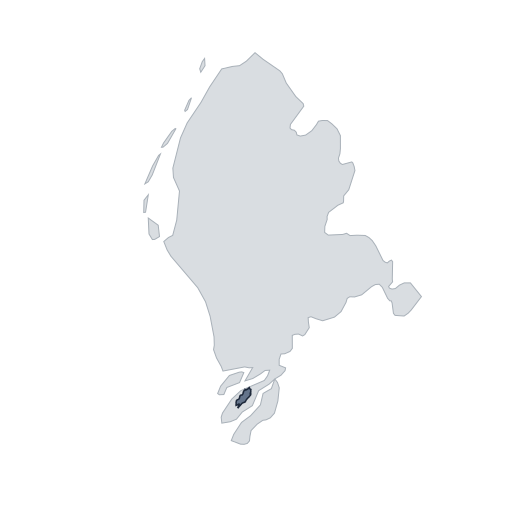 location of Goes, Zeeland, Netherlands, rotated 306°
{"feature_id": "6326949B11720350341334", "entity_name": "Goes", "entity_type": "district", "adm_level": 2, "iso_a3": "NLD", "parent_name": "Netherlands", "parent_adm1": "Zeeland", "projection": "natural_earth1", "projection_center": [3.836, 51.516], "detail": "fine", "context": "in_parent", "style": "filled", "palette": "slate", "viewbox_px": 512, "rotation_deg": 306, "n_neighbors": 0, "source": "geoboundaries", "source_scale": "gbopen_adm2", "svg_char_len": 5526}
<svg xmlns="http://www.w3.org/2000/svg" viewBox="0 0 512 512"><g transform="rotate(306 256 256)"><path d="M320.4,413.7L311.7,413.5L303.5,413.3L299.1,412.7L294.5,411.1L292.3,407.6L289.7,403.4L290.4,400.9L298.0,393.7L299.2,391.7L298.4,390.6L299.1,387.4L304.9,376.6L305.6,372.3L303.0,369.3L299.1,367.5L286.7,364.3L280.8,359.8L278.1,355.8L275.3,354.7L271.3,356.1L261.0,357.5L252.7,355.4L242.8,348.0L240.5,341.3L239.2,336.2L236.8,334.4L233.5,337.1L229.3,341.2L221.1,341.7L218.7,340.7L218.3,338.4L217.8,336.2L215.5,333.5L213.1,332.0L202.6,339.7L198.8,339.6L193.8,336.7L191.4,333.8L186.0,335.5L181.2,339.0L182.9,345.7L180.3,346.9L174.3,346.3L167.6,343.5L160.0,341.9L148.6,337.3L132.8,341.0L121.7,336.6L112.5,336.1L106.8,332.6L100.7,326.6L105.1,322.6L109.3,321.2L126.1,320.5L138.3,322.9L160.2,335.9L165.8,335.8L171.7,334.2L168.7,330.6L163.2,328.9L155.0,325.4L148.5,320.5L163.8,318.9L161.6,316.3L159.6,312.0L143.5,296.9L146.2,292.8L150.3,284.0L155.3,276.7L159.3,274.7L165.9,269.6L180.2,254.4L189.3,242.1L196.1,227.5L205.8,187.3L208.7,180.5L213.5,172.9L219.5,174.3L223.7,176.5L238.4,170.8L263.6,155.9L271.0,143.1L278.2,137.1L307.2,125.5L323.2,122.1L347.9,121.2L365.7,119.1L387.2,118.3L395.5,125.5L400.3,130.8L408.0,133.7L419.9,135.7L419.3,146.0L419.8,166.5L418.9,170.2L413.7,178.8L408.4,194.4L407.0,204.6L405.3,206.6L382.7,206.5L379.5,208.3L379.1,210.5L380.3,213.1L379.8,215.8L378.0,217.9L379.0,221.3L383.0,225.1L390.2,227.5L397.9,227.7L401.8,227.3L404.7,230.1L407.6,234.3L407.5,239.7L406.5,246.8L403.0,253.5L392.6,261.1L388.0,263.8L383.6,265.2L381.5,267.2L380.6,269.8L380.8,272.1L388.4,278.2L388.2,279.6L386.1,282.8L383.3,285.8L364.1,292.1L356.2,291.6L351.7,294.7L350.3,295.3L345.2,292.4L334.0,289.1L329.7,290.3L327.4,292.1L320.4,294.3L315.4,297.7L315.4,302.2L324.5,313.6L327.6,315.9L327.8,320.1L332.2,325.5L336.8,332.3L337.3,336.5L336.8,340.9L334.6,347.0L327.0,361.4L326.9,364.2L327.6,366.3L330.3,366.9L332.3,368.0L331.7,369.9L317.3,379.9L315.4,381.7L309.3,381.2L308.4,382.8L309.2,385.5L311.6,387.9L316.8,389.2L321.3,391.7L325.0,396.7L320.4,413.7ZM167.6,343.5L166.3,347.7L163.0,352.3L151.6,358.9L139.7,363.3L133.5,362.7L129.3,360.4L127.1,358.1L120.7,355.8L111.9,354.6L106.5,357.1L102.6,359.4L99.2,359.1L96.7,357.1L94.7,354.1L92.1,344.5L98.7,342.8L112.8,342.1L123.7,345.5L138.1,347.1L149.0,342.5L157.7,346.4L167.6,343.5ZM143.7,304.7L152.1,310.7L153.9,312.6L154.5,314.7L143.9,317.1L132.5,309.7L125.0,311.4L122.2,307.9L122.2,305.8L129.9,303.9L143.7,304.7ZM223.4,158.8L215.0,166.5L209.9,164.3L208.4,162.5L210.9,156.5L223.4,146.5L223.4,158.8ZM260.6,124.4L252.7,125.2L249.1,123.7L268.2,119.4L280.2,118.1L282.4,118.7L260.6,124.4ZM311.8,116.4L295.1,118.2L289.4,116.8L288.4,115.6L293.0,114.8L307.3,114.6L311.7,115.7L311.8,116.4ZM242.2,132.9L226.5,140.9L225.2,139.6L235.3,132.6L242.2,132.9ZM380.0,102.9L372.2,103.3L374.4,100.4L381.7,98.3L385.6,98.3L380.0,102.9ZM346.1,110.8L334.2,114.5L331.3,113.7L332.0,112.6L342.5,110.3L346.1,110.8Z" fill="#d9dde1" stroke="#a8b0b8" stroke-width="1"/><path d="M140.6,333.3L140.7,333.2L140.8,333.1L140.9,332.9L140.8,332.7L141.0,332.6L141.3,332.6L141.5,332.7L141.6,332.4L141.7,332.2L141.7,331.9L142.8,331.8L143.0,331.8L143.2,331.4L143.3,331.3L144.3,330.7L145.0,330.4L145.1,330.2L145.0,329.8L145.0,329.7L144.9,329.4L144.9,329.2L144.9,328.8L144.9,328.7L145.0,328.7L145.3,328.2L145.5,328.2L145.6,327.9L145.4,327.9L145.2,327.8L144.9,327.8L144.7,327.7L144.4,327.7L144.2,327.6L143.9,327.6L143.7,327.5L143.6,327.4L143.4,327.4L143.2,327.4L143.0,327.2L142.9,327.2L142.6,327.1L142.4,327.0L142.3,326.9L142.2,326.9L142.2,326.7L142.3,326.6L142.2,326.5L142.1,326.4L141.9,326.2L141.7,326.1L141.4,326.1L141.4,325.9L141.3,326.0L141.2,326.0L141.0,325.9L140.8,325.9L140.7,325.9L140.6,325.7L140.3,325.5L140.2,325.5L139.8,325.5L139.7,325.5L139.4,325.5L139.2,325.5L138.8,325.6L138.6,325.7L138.6,325.8L138.4,325.9L138.2,325.9L138.2,326.0L137.8,326.1L137.7,326.1L137.3,326.3L137.2,326.4L136.9,326.4L136.7,326.4L136.4,326.5L136.2,326.5L135.8,326.5L135.7,326.5L135.7,326.4L135.4,326.3L135.3,326.2L135.2,326.1L134.9,326.0L134.7,325.8L134.6,325.7L134.4,325.5L134.4,325.4L134.2,325.3L133.9,325.2L133.7,325.2L133.6,325.3L133.4,325.3L133.0,325.4L132.8,325.5L132.7,325.6L132.4,325.6L132.1,325.8L131.7,325.9L131.5,326.0L131.3,326.0L131.2,326.1L131.0,326.3L130.9,326.3L130.7,326.3L130.4,326.3L128.7,325.5L128.1,325.2L127.9,325.2L127.7,325.2L127.4,325.2L127.1,325.3L126.8,325.5L126.7,325.6L126.3,325.7L126.1,325.8L125.7,326.0L125.5,326.3L125.4,326.4L125.2,326.5L124.9,326.7L124.8,326.8L124.7,326.8L124.4,327.0L124.2,327.1L123.9,327.3L123.7,327.4L123.6,327.5L123.4,327.7L124.4,328.2L124.4,328.3L124.5,328.3L125.6,328.8L125.7,329.0L125.8,329.0L126.0,329.0L126.3,329.2L126.2,329.7L123.2,330.3L123.2,330.7L122.8,330.6L122.8,330.8L123.3,330.8L123.9,330.8L124.0,330.8L124.3,330.8L124.5,330.8L124.8,330.9L125.2,331.0L125.4,331.0L125.6,331.0L125.9,331.1L126.0,331.1L126.5,331.1L126.8,331.1L127.2,331.2L127.5,331.2L127.8,331.2L128.1,331.2L128.4,331.3L128.6,331.3L128.9,331.4L129.1,331.5L129.4,331.6L129.6,331.8L129.9,332.0L130.1,332.1L130.4,332.3L130.5,332.3L130.6,332.5L130.9,332.6L131.0,332.7L131.2,332.8L131.2,332.7L131.4,332.8L131.5,332.8L131.8,332.9L132.0,332.9L132.4,332.9L132.7,332.9L132.8,332.9L133.2,332.8L133.4,332.7L133.6,332.7L133.9,332.7L134.1,332.7L134.4,332.7L134.9,332.7L135.0,332.7L135.1,332.8L135.3,332.8L135.5,332.8L136.1,332.8L136.9,333.0L137.0,333.1L137.3,333.2L137.5,333.2L137.8,333.1L138.1,333.1L138.8,333.2L139.0,333.2L139.7,333.3L139.8,333.3L140.2,333.3L140.6,333.3Z" fill="#64748b" stroke="#1e293b" stroke-width="1.5"/></g></svg>